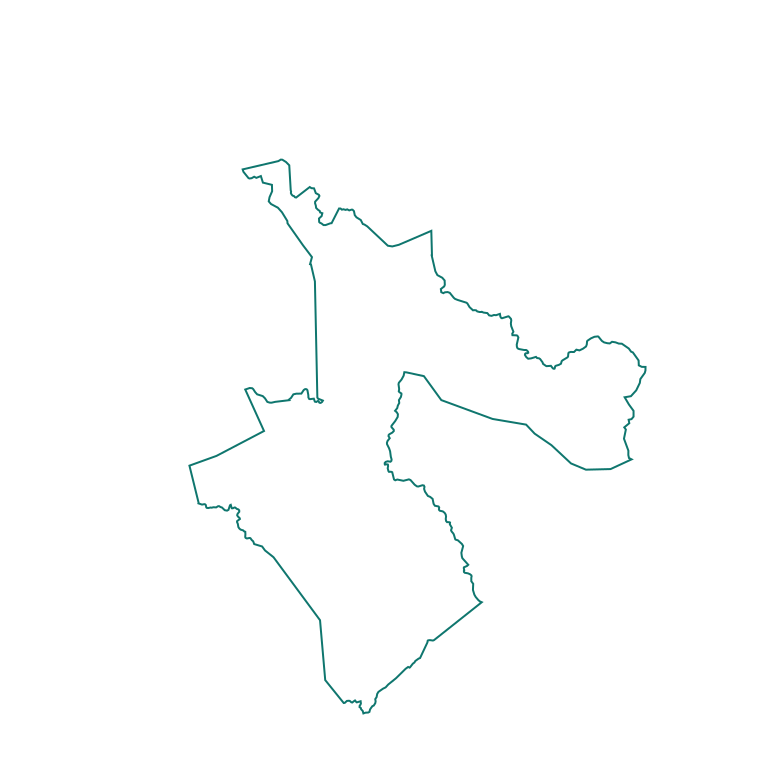 Central Forest Reserve, Soufrière, Saint Lucia (orthographic projection), rotated 144°
{"feature_id": "8701671B48782263961868", "entity_name": "Central Forest Reserve", "entity_type": "district", "adm_level": 2, "iso_a3": "LCA", "parent_name": "Saint Lucia", "parent_adm1": "Soufrière", "projection": "orthographic", "projection_center": [-60.974, 13.868], "detail": "fine", "context": "isolated", "style": "outline", "palette": "teal", "viewbox_px": 768, "rotation_deg": 144, "n_neighbors": 0, "source": "geoboundaries", "source_scale": "gbopen_adm2", "svg_char_len": 6166}
<svg xmlns="http://www.w3.org/2000/svg" viewBox="0 0 768 768"><g transform="rotate(144 384 384)"><path d="M415.0,208.8L416.1,214.1L417.6,216.1L417.6,216.6L416.1,220.8L415.8,222.2L416.0,225.0L415.7,226.3L413.6,227.8L413.2,231.8L412.0,233.1L412.5,233.9L414.2,235.2L414.3,236.6L413.4,238.5L411.7,240.3L410.8,242.2L410.7,244.2L411.3,246.4L413.3,248.6L413.5,249.5L413.2,250.4L411.9,251.7L411.9,252.9L414.4,255.6L414.3,257.9L412.2,262.5L413.0,265.5L414.3,267.7L414.1,272.9L413.2,275.6L411.7,277.0L411.4,278.4L412.4,279.5L416.5,280.9L417.5,281.8L418.4,284.5L419.0,290.7L419.9,292.2L425.2,294.3L429.4,298.9L431.5,299.5L432.0,300.9L429.2,307.8L429.9,308.9L431.6,310.0L431.6,311.0L430.5,313.7L429.0,315.1L428.2,316.5L428.9,317.4L430.6,318.2L430.5,318.8L429.8,319.7L428.4,320.0L426.4,319.3L424.4,317.3L423.2,317.5L422.2,318.5L421.2,321.2L418.6,326.0L417.7,328.9L416.9,333.6L416.2,334.7L414.7,335.8L411.2,336.8L411.0,339.2L410.2,340.0L409.2,340.2L405.8,339.8L403.7,340.2L403.0,341.3L403.3,344.6L403.0,345.3L402.4,345.8L396.8,347.4L392.3,349.3L390.5,351.4L390.3,353.6L390.8,355.8L387.5,356.7L385.5,358.4L382.8,359.7L381.4,362.2L377.9,363.6L376.0,365.3L375.5,366.1L376.3,368.2L376.4,369.3L374.7,371.0L372.4,375.3L371.2,376.3L367.2,377.3L363.2,379.2L360.6,381.6L359.0,380.2L347.1,366.9L347.1,337.3L316.7,291.9L292.9,267.6L291.3,255.3L284.5,236.1L279.4,209.8L271.0,196.0L250.7,182.0L228.0,177.5L229.3,180.1L228.1,182.9L225.5,186.4L222.0,198.7L215.1,205.0L215.1,207.7L208.6,208.1L207.1,211.3L204.4,210.1L201.3,210.9L197.9,215.6L197.9,223.5L197.1,231.8L191.4,229.0L183.7,230.6L176.4,234.5L173.7,237.3L166.5,239.7L164.5,241.3L162.4,244.1L165.4,246.4L166.9,249.3L164.2,253.4L164.1,263.3L165.1,264.9L165.1,268.8L167.9,276.8L170.3,278.7L172.2,281.6L174.7,284.1L177.5,284.1L179.3,285.7L181.5,288.3L182.4,290.8L182.7,296.3L183.0,296.8L186.0,298.5L189.8,299.3L193.8,299.4L194.6,299.2L196.7,296.8L198.5,295.6L202.3,295.6L206.1,296.3L208.2,298.7L211.5,298.2L214.1,300.2L215.8,300.8L216.7,300.6L218.9,298.1L219.8,297.7L225.8,298.2L226.9,298.0L228.9,296.4L231.4,296.7L234.1,297.7L235.1,297.7L236.9,296.2L237.4,296.3L238.0,296.9L238.2,297.8L238.3,300.6L242.0,302.9L242.4,303.6L243.5,306.9L243.0,308.2L243.0,312.4L243.5,313.7L244.9,315.0L245.1,316.6L250.0,318.3L252.5,319.7L253.1,322.2L252.9,324.7L252.0,325.5L251.2,325.5L249.7,324.5L248.9,324.5L248.5,325.3L248.6,326.9L249.0,327.9L250.8,329.3L254.2,332.9L254.9,334.2L254.9,335.0L254.6,336.0L253.5,337.8L247.9,342.7L247.7,344.7L248.1,345.4L251.4,348.0L250.7,349.3L248.6,350.2L247.1,356.0L245.8,358.4L243.6,360.7L243.0,362.1L243.3,365.2L243.6,365.7L249.8,367.8L250.3,368.3L250.3,370.0L249.0,372.6L252.9,373.8L254.5,375.2L256.9,375.9L258.6,377.7L258.7,380.6L261.6,383.4L262.4,384.9L262.8,384.9L264.3,386.0L265.9,387.9L266.2,389.5L267.7,390.8L268.7,391.3L269.6,395.9L269.2,400.2L269.5,401.3L275.0,408.7L276.5,411.1L276.9,412.8L277.2,419.1L278.5,421.0L280.9,422.4L282.6,422.6L283.7,424.6L282.2,427.4L277.9,427.6L276.5,428.5L274.1,432.1L274.4,435.7L276.8,440.7L276.2,445.0L269.8,460.1L269.5,460.0L255.7,480.1L290.2,487.9L296.4,490.4L299.6,493.6L304.9,521.4L306.1,524.5L307.1,525.9L306.4,530.3L308.3,535.0L308.4,537.8L306.7,541.5L307.0,543.5L307.7,544.1L310.1,544.9L311.1,546.9L312.7,547.4L314.1,549.2L315.6,549.8L316.0,551.5L317.2,552.4L331.9,544.9L332.8,545.5L337.8,546.9L339.5,548.1L340.2,550.6L341.1,552.2L341.2,553.2L339.3,556.1L335.8,556.5L333.5,558.4L334.8,560.3L334.3,561.8L335.0,563.7L335.4,566.4L334.3,568.4L333.5,570.8L332.5,572.0L327.9,572.9L325.7,574.1L325.5,575.4L327.0,578.5L325.6,583.4L327.6,585.1L328.3,587.0L345.5,586.5L346.3,587.5L346.3,588.8L347.2,590.1L347.4,591.7L347.1,593.2L345.9,594.5L345.7,595.4L332.1,616.6L332.8,621.2L334.4,625.2L335.6,626.2L338.4,626.4L372.2,640.7L373.0,638.3L372.6,630.2L372.0,629.3L370.1,628.3L367.2,628.0L366.1,625.8L361.4,624.6L363.6,618.1L357.6,611.0L361.2,605.7L366.8,602.4L369.9,599.5L369.6,596.0L366.2,588.9L365.6,582.9L366.4,572.7L367.6,570.7L368.0,543.8L367.7,529.0L373.4,524.4L372.8,523.7L379.6,507.6L445.9,412.2L445.9,410.8L443.2,406.5L444.5,405.9L446.1,405.9L446.8,406.2L447.3,407.1L447.1,408.0L447.3,409.1L449.4,409.3L450.3,410.4L449.4,413.4L452.7,415.2L453.3,415.8L453.1,417.5L451.7,419.6L449.6,424.0L449.7,425.2L450.3,425.9L451.2,426.3L452.5,426.3L456.5,424.8L460.6,427.7L463.4,428.9L467.4,427.4L470.6,427.2L470.5,426.8L482.5,433.5L485.8,434.9L487.4,436.1L488.9,438.1L488.7,442.4L489.2,445.5L492.7,450.2L493.0,453.2L492.8,456.7L493.1,458.0L495.0,459.7L499.5,461.1L508.7,416.5L561.8,424.3L589.4,432.3L603.8,396.9L604.3,396.5L602.1,393.4L600.0,392.4L599.4,391.7L599.3,390.9L600.3,388.6L600.2,388.0L599.2,387.0L596.9,386.0L596.1,385.2L594.5,384.6L592.3,382.8L590.3,382.7L589.3,382.2L588.5,380.4L587.7,379.4L587.0,375.5L585.4,373.8L583.8,373.6L579.9,376.4L579.0,376.3L580.2,373.0L579.4,372.3L577.6,372.0L577.0,371.5L576.5,369.5L575.5,368.1L575.4,366.9L576.2,365.7L578.6,365.1L579.9,364.2L580.1,362.7L579.6,360.5L579.9,359.5L583.4,359.4L584.0,358.8L584.5,356.7L585.9,353.9L586.0,352.2L585.6,350.5L584.0,348.4L583.7,346.8L583.1,346.0L584.3,344.1L586.2,341.8L586.4,340.8L585.7,339.6L583.3,338.5L582.7,337.8L582.7,335.4L582.3,333.6L583.1,330.8L578.1,324.2L578.1,319.3L575.2,308.8L574.6,230.5L605.6,179.0L604.1,149.6L603.2,149.1L600.3,149.4L598.9,148.6L598.0,147.8L597.5,145.7L596.9,145.0L593.7,145.1L593.4,145.0L593.4,143.3L593.1,142.4L589.4,141.1L590.4,139.2L591.5,138.4L592.7,138.1L593.7,137.0L593.2,135.5L593.7,134.3L593.4,132.0L594.3,129.6L592.2,129.0L589.9,127.5L588.5,127.3L586.6,128.9L585.0,129.5L582.8,130.2L581.3,129.9L578.7,130.9L577.3,132.2L576.3,134.2L574.1,135.0L571.6,137.3L569.4,138.2L563.9,138.1L561.0,137.6L557.2,138.4L547.3,138.9L533.9,140.9L530.8,140.9L530.0,139.5L529.5,139.5L525.0,140.8L523.1,140.8L521.5,141.5L517.4,141.5L515.9,141.1L500.8,149.4L499.6,150.6L499.0,150.7L497.4,149.8L495.2,147.7L494.1,147.4L433.2,150.0L434.2,151.7L434.7,153.8L435.0,157.8L434.7,160.5L433.1,165.1L429.3,169.9L429.3,173.1L427.3,175.9L426.1,177.0L425.8,177.9L426.3,179.7L427.4,181.5L429.6,183.8L429.8,184.9L429.2,185.9L428.6,186.1L427.6,188.3L427.1,188.7L423.7,188.0L422.1,188.2L423.0,197.0L422.3,198.9L420.6,202.0L415.2,206.4L415.0,208.8Z" fill="none" stroke="#0f766e" stroke-width="2"/></g></svg>